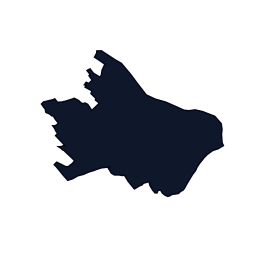 the district of Kardasa, Al Jizah, Egypt, rotated 149°
{"feature_id": "37247803B74669546915316", "entity_name": "Kardasa", "entity_type": "district", "adm_level": 2, "iso_a3": "EGY", "parent_name": "Egypt", "parent_adm1": "Al Jizah", "projection": "natural_earth1", "projection_center": [31.148, 30.052], "detail": "fine", "context": "isolated", "style": "filled", "palette": "ink", "viewbox_px": 256, "rotation_deg": 149, "n_neighbors": 0, "source": "geoboundaries", "source_scale": "gbopen_adm2", "svg_char_len": 2694}
<svg xmlns="http://www.w3.org/2000/svg" viewBox="0 0 256 256"><g transform="rotate(149 128 128)"><path d="M206.6,114.2L201.4,113.0L195.6,112.9L195.4,112.8L190.0,111.2L184.9,110.6L180.3,109.5L179.8,109.3L176.3,108.7L171.2,107.5L164.2,104.3L165.5,103.9L165.5,101.5L165.5,97.9L163.8,94.8L159.9,92.4L157.0,90.0L155.3,89.3L155.3,82.2L153.9,72.5L150.8,72.5L147.9,72.5L145.3,72.0L144.5,72.5L142.2,72.5L137.2,71.0L138.2,69.5L138.8,67.1L138.8,64.7L138.8,62.3L138.3,58.6L136.6,57.4L134.3,59.2L132.0,58.0L132.0,56.2L132.0,54.4L130.9,51.4L129.2,49.0L127.5,48.4L124.0,48.4L121.8,47.2L118.3,45.9L117.8,46.1L116.1,46.5L112.6,46.5L110.8,47.2L105.8,50.1L96.7,54.9L92.1,56.7L90.4,57.9L88.7,59.1L84.7,60.9L84.0,61.2L80.6,62.4L78.4,63.3L73.9,64.5L67.0,65.1L61.3,63.8L55.3,63.8L55.0,66.8L51.0,74.7L48.2,78.3L45.9,83.7L47.6,93.3L55.6,103.6L61.2,109.0L66.9,111.4L70.9,114.4L75.5,121.1L82.3,130.7L89.7,138.6L93.7,144.5L95.4,147.0L95.9,151.8L96.2,154.3L97.0,160.9L98.2,172.9L100.4,186.8L103.8,192.8L111.0,207.8L115.0,210.1L116.3,208.3L117.8,207.4L119.8,206.2L120.2,206.0L118.4,202.3L115.9,196.8L114.9,194.7L119.6,191.4L120.4,190.9L123.8,186.8L126.1,186.2L126.9,187.9L128.3,190.6L129.5,192.9L130.1,198.2L131.6,198.3L133.5,198.4L132.9,193.5L134.5,192.9L134.0,187.5L135.8,187.0L138.6,186.3L140.3,188.7L143.1,187.5L142.0,186.3L143.7,185.1L139.7,178.4L142.0,176.6L140.3,170.0L141.5,168.8L139.8,164.0L143.8,163.1L149.8,161.7L150.0,161.6L150.1,162.4L150.2,166.2L150.3,166.9L150.3,167.4L150.3,168.0L150.4,169.1L152.0,171.6L153.5,171.8L154.1,172.3L154.7,172.7L155.4,173.9L155.6,174.7L156.2,177.0L158.8,181.2L159.6,181.3L160.5,181.4L163.4,182.1L167.9,183.2L171.9,184.5L173.5,185.5L175.1,186.1L175.8,190.7L177.4,190.8L187.0,193.8L189.8,193.1L189.7,192.2L189.7,191.6L189.6,190.6L189.5,188.9L189.4,188.5L189.1,186.4L189.8,185.4L190.3,183.7L189.9,183.1L189.8,182.9L189.4,182.5L189.1,182.1L188.7,181.5L188.2,180.7L187.6,179.7L187.3,178.8L187.2,177.9L186.8,177.6L186.0,177.1L185.8,176.1L185.8,175.2L185.8,173.6L185.6,171.8L185.6,171.3L185.3,169.5L185.1,167.9L186.8,167.6L187.9,167.4L188.5,167.3L188.9,167.6L190.0,167.7L191.3,168.6L191.0,163.4L191.4,163.3L191.2,159.4L194.0,158.8L191.1,145.6L192.8,146.2L194.4,146.3L197.2,147.7L196.4,146.2L196.1,145.6L195.8,144.6L195.6,143.9L195.5,143.2L194.3,141.6L193.9,139.7L193.5,138.2L193.1,136.8L192.9,136.3L192.8,135.7L192.5,134.9L192.3,134.1L190.5,127.4L191.7,127.0L192.3,126.8L192.9,126.6L194.0,126.2L194.5,126.2L195.0,126.1L197.0,125.9L197.5,125.8L198.9,125.6L201.3,126.9L203.6,130.5L204.0,131.2L206.7,135.4L208.1,135.1L210.1,134.5L209.5,132.3L209.3,131.1L208.5,125.9L208.1,122.9L207.8,120.8L207.7,120.3L207.6,119.9L206.6,114.2Z" fill="#0f172a" stroke="#020617" stroke-width="1.5"/></g></svg>